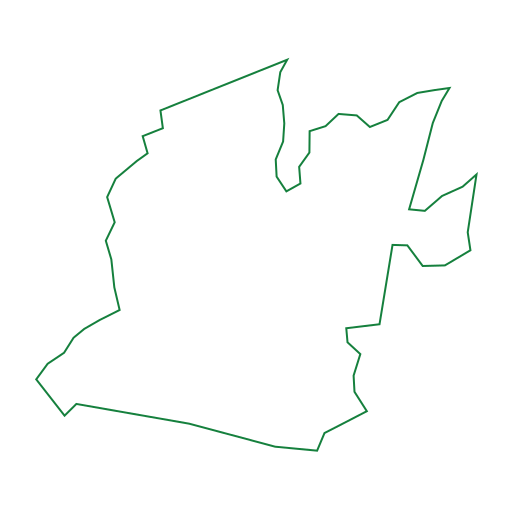 the district of Harmonia, Rio Grande do Sul, Brazil, rotated 269°
{"feature_id": "56859067B90836934538092", "entity_name": "Harmonia", "entity_type": "district", "adm_level": 2, "iso_a3": "BRA", "parent_name": "Brazil", "parent_adm1": "Rio Grande do Sul", "projection": "robinson", "projection_center": [-51.418, -29.546], "detail": "fine", "context": "isolated", "style": "outline", "palette": "green", "viewbox_px": 512, "rotation_deg": 269, "n_neighbors": 0, "source": "geoboundaries", "source_scale": "gbopen_adm2", "svg_char_len": 979}
<svg xmlns="http://www.w3.org/2000/svg" viewBox="0 0 512 512"><g transform="rotate(269 256 256)"><path d="M377.8,144.8L360.6,149.4L353.0,138.4L335.8,117.1L317.5,108.2L292.2,115.3L273.9,106.1L255.1,111.3L227.1,113.8L204.4,118.7L194.8,98.7L186.1,83.0L177.5,72.2L162.6,62.4L151.9,45.8L136.5,34.1L99.7,61.8L111.2,73.8L89.5,186.3L65.0,271.8L60.3,313.7L77.8,321.4L86.4,338.9L98.9,364.1L118.5,352.1L134.7,351.5L156.1,358.6L168.1,346.0L182.2,345.0L185.6,378.3L264.7,392.7L264.0,407.5L243.1,422.5L243.3,444.7L258.0,470.5L276.0,468.1L333.7,477.9L321.7,463.8L312.8,443.1L298.2,425.6L300.0,409.9L349.1,425.0L385.9,435.1L407.8,444.4L420.6,452.4L418.8,437.6L416.2,420.1L407.3,401.9L389.8,389.9L383.0,372.1L394.8,359.2L396.6,341.0L384.6,327.8L379.9,311.8L358.5,311.2L344.4,300.7L327.7,301.7L320.1,287.5L335.0,278.0L352.2,277.4L370.0,285.1L388.0,286.6L406.5,285.4L421.4,280.5L439.4,283.5L451.7,290.6L403.2,163.0L385.4,165.1L377.8,144.8Z" fill="none" stroke="#15803d" stroke-width="2"/></g></svg>